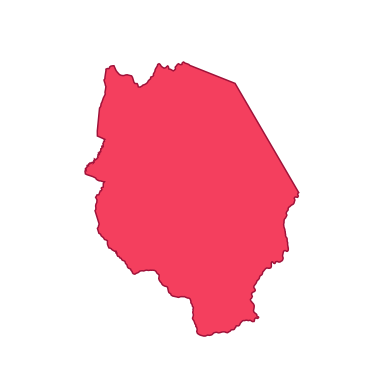 Kompiam District, Enga, Papua New Guinea, rotated 72°
{"feature_id": "67681753B5987121192502", "entity_name": "Kompiam District", "entity_type": "district", "adm_level": 2, "iso_a3": "PNG", "parent_name": "Papua New Guinea", "parent_adm1": "Enga", "projection": "mercator", "projection_center": [143.976, -5.26], "detail": "fine", "context": "isolated", "style": "filled", "palette": "rose", "viewbox_px": 384, "rotation_deg": 72, "n_neighbors": 0, "source": "geoboundaries", "source_scale": "gbopen_adm2", "svg_char_len": 6044}
<svg xmlns="http://www.w3.org/2000/svg" viewBox="0 0 384 384"><g transform="rotate(72 192 192)"><path d="M102.0,117.5L70.8,155.1L69.7,155.6L68.1,157.6L67.5,158.6L66.4,159.3L65.7,160.1L66.4,161.6L67.6,162.2L67.4,163.5L66.6,164.6L65.9,165.1L66.1,166.4L67.1,167.7L68.1,169.4L69.9,169.7L70.7,171.1L71.0,172.4L68.6,174.6L67.8,176.0L65.8,175.7L64.6,176.1L64.9,177.3L65.6,178.4L65.6,180.3L64.6,181.2L63.4,182.1L62.5,182.5L60.8,182.9L59.8,183.7L60.1,185.2L61.5,186.1L63.5,188.5L64.4,189.3L65.9,190.1L67.9,192.3L69.3,192.6L69.9,193.7L70.0,195.8L71.5,196.4L72.6,199.0L73.8,200.2L74.6,201.5L75.1,203.3L75.2,205.9L75.7,206.7L76.2,209.0L75.4,210.6L73.7,210.4L72.0,210.6L71.1,212.8L69.7,213.3L66.2,213.2L64.5,213.2L62.9,213.6L60.5,217.4L60.2,218.7L60.2,220.5L60.0,221.6L59.1,223.4L57.9,224.7L54.8,226.1L53.0,226.7L47.8,227.2L47.4,228.7L47.2,230.3L47.7,231.7L48.5,232.2L49.0,232.9L48.4,234.4L48.6,235.9L49.7,236.2L55.9,239.3L57.3,239.8L58.3,241.1L59.9,241.2L62.1,241.2L63.7,241.4L65.1,241.3L68.2,242.8L69.4,243.5L70.8,244.1L72.1,244.2L75.1,247.2L78.6,249.8L79.9,251.1L82.4,252.4L83.6,254.0L104.7,263.2L109.5,264.7L114.9,258.7L115.1,259.4L116.7,259.6L117.0,260.6L117.8,261.0L118.5,261.8L119.4,261.7L120.1,262.2L121.0,262.2L121.2,262.4L120.6,262.6L120.6,263.1L121.2,263.3L120.9,263.7L121.9,263.9L122.8,264.6L122.7,265.3L124.6,266.2L125.4,266.3L125.9,267.4L125.5,267.7L126.2,268.1L126.0,268.8L126.7,268.8L127.0,269.3L127.4,268.5L127.9,269.2L127.9,269.8L128.8,270.6L130.2,270.8L130.6,271.9L131.3,272.6L131.2,273.2L131.6,273.8L130.5,274.6L131.3,274.9L132.0,275.8L133.3,275.8L133.8,276.7L133.3,276.5L133.3,277.0L132.9,277.7L133.4,278.8L132.8,280.0L133.7,280.6L133.4,281.5L134.2,282.0L134.3,283.2L135.1,282.7L135.1,283.8L135.7,284.0L136.4,284.9L136.7,286.0L137.7,285.8L137.8,286.3L138.7,286.2L138.3,286.7L139.4,287.4L141.8,287.8L143.1,286.5L146.6,281.7L148.9,279.3L150.1,279.1L151.3,278.3L152.7,276.8L153.0,275.8L154.7,273.4L155.2,272.1L156.6,273.8L159.9,274.9L159.9,276.5L160.3,277.1L161.9,277.0L162.8,278.2L162.6,278.9L165.8,281.5L165.4,283.3L166.7,284.5L167.2,285.3L170.1,284.8L172.6,285.8L173.9,287.1L175.5,288.0L177.3,288.3L178.9,288.9L179.8,290.0L193.8,290.2L195.2,291.3L196.5,292.0L197.3,293.2L202.5,293.3L203.9,292.0L205.6,291.9L208.1,290.3L210.1,289.9L211.1,288.5L212.2,287.5L215.4,288.5L217.2,288.5L219.5,288.3L220.1,287.3L221.1,286.3L222.2,285.9L224.4,283.9L224.9,282.5L226.3,282.4L225.9,283.1L226.5,283.2L227.4,282.7L228.9,282.7L230.1,282.5L230.9,281.3L232.5,280.9L233.1,280.0L235.1,279.5L236.0,278.6L236.1,278.3L237.3,277.2L239.1,277.3L240.2,276.9L241.2,276.4L243.4,276.5L244.7,276.0L246.4,274.2L247.7,274.2L249.3,273.5L250.4,273.6L251.4,273.2L252.0,272.6L252.5,271.7L252.1,270.2L252.0,268.2L251.7,267.2L251.2,266.3L251.2,265.0L251.5,263.7L252.2,262.2L252.1,261.2L252.2,259.9L252.3,259.2L253.1,257.8L253.6,255.3L253.8,255.0L254.2,253.6L254.9,252.0L255.6,251.3L256.4,250.8L257.9,250.5L258.6,250.3L260.4,249.1L260.9,249.0L261.9,249.3L264.1,250.4L265.6,250.4L267.6,249.9L268.7,249.3L270.5,249.0L271.7,248.4L273.1,247.0L274.0,245.5L274.5,245.0L275.1,244.7L279.1,245.1L280.1,245.1L280.9,244.8L282.1,243.8L283.7,243.6L285.0,242.5L287.2,238.7L287.7,238.0L288.1,237.2L288.0,236.0L288.1,234.8L288.6,233.3L288.9,232.8L289.0,231.8L291.5,228.9L291.9,227.8L292.7,227.1L293.5,226.8L295.5,226.8L296.6,227.2L297.5,227.2L298.9,226.7L300.8,226.9L301.3,226.8L301.8,226.4L302.2,226.4L302.8,226.6L303.9,227.4L304.9,227.5L305.6,227.8L306.1,228.2L306.8,228.5L308.9,228.6L309.5,228.7L311.4,229.9L311.9,230.4L312.5,230.6L313.4,230.5L315.0,230.0L317.3,229.9L318.3,230.0L319.3,229.5L319.8,229.5L320.9,229.9L321.3,229.9L321.8,229.4L322.7,229.4L324.4,229.6L326.1,230.6L328.2,230.5L330.0,229.1L331.0,227.9L332.6,225.4L333.1,223.8L332.9,221.3L333.7,219.8L333.9,218.3L333.9,217.4L333.6,216.5L333.0,215.5L332.7,214.5L332.8,212.8L333.1,211.8L334.1,210.5L334.4,209.0L334.4,206.7L334.8,204.9L335.3,203.9L336.2,202.9L336.8,201.6L336.7,201.2L336.3,200.1L336.3,199.4L336.1,198.7L335.3,197.4L335.3,196.5L335.7,195.4L335.7,194.5L335.5,194.0L334.6,193.2L334.3,192.4L333.5,191.8L333.0,191.3L333.1,190.5L333.6,189.7L333.6,188.8L333.4,188.3L333.1,187.8L331.5,186.3L330.1,183.7L330.2,182.7L330.6,181.5L330.6,180.2L331.0,179.2L331.7,178.3L331.8,177.0L332.2,176.0L332.9,175.4L333.5,175.0L334.0,174.4L334.3,173.0L333.8,172.5L332.4,171.9L331.6,170.8L331.5,170.0L332.4,169.1L332.3,167.8L331.9,167.4L331.4,167.4L330.5,168.3L330.1,168.5L329.2,168.5L328.7,168.3L328.0,168.5L326.9,169.4L326.3,169.6L325.1,170.3L323.9,170.2L321.4,168.8L319.5,168.0L318.1,168.0L317.2,168.2L315.8,168.9L315.3,169.0L314.0,169.6L313.0,169.8L312.3,169.7L311.9,169.3L311.4,168.2L310.0,166.9L307.6,167.0L307.0,166.7L306.6,166.3L306.0,164.6L305.9,163.2L305.2,162.3L304.1,162.1L302.0,162.7L301.2,162.5L300.5,162.0L298.6,159.3L296.4,157.4L295.8,155.8L295.5,155.4L294.9,154.7L293.6,153.9L293.1,153.4L292.7,152.8L292.4,151.4L292.0,150.8L291.5,150.3L290.1,149.6L287.7,145.8L287.4,144.9L287.4,144.2L288.2,142.7L288.5,141.6L288.4,140.5L287.6,139.7L287.0,139.4L284.1,138.6L283.6,138.2L283.2,137.8L283.2,137.2L283.8,136.7L284.4,136.6L285.1,136.2L285.5,135.6L285.5,135.1L284.3,134.0L284.3,133.0L284.6,132.1L285.4,131.3L285.7,130.4L285.7,129.6L285.3,128.4L285.3,127.9L284.7,126.9L283.7,126.1L282.9,125.7L281.1,125.7L280.4,125.5L277.2,123.6L276.7,123.1L276.4,122.5L276.4,121.6L277.0,120.9L277.6,120.4L277.8,120.0L277.8,119.4L277.1,118.5L276.0,118.0L275.2,117.9L275.0,117.7L274.2,117.8L273.7,117.6L271.8,117.4L269.8,116.7L268.2,116.7L265.9,116.0L265.0,116.0L263.7,116.5L262.2,116.5L261.2,116.1L260.0,116.0L258.5,115.6L257.6,115.6L256.2,115.3L253.8,115.4L251.2,114.9L249.0,113.7L248.3,113.6L246.6,112.7L246.0,111.9L245.6,111.1L243.5,109.0L242.8,108.9L241.8,109.1L240.8,108.7L239.9,107.9L239.1,106.5L238.7,106.1L237.5,105.7L236.7,105.1L236.2,104.1L236.2,103.7L235.7,102.6L235.5,102.2L235.1,101.2L235.1,100.6L234.8,99.4L234.4,98.8L233.8,98.2L232.7,97.6L232.1,97.0L231.3,96.6L229.5,96.7L229.1,96.3L228.8,95.9L228.7,95.1L229.7,93.2L228.7,92.1L226.9,92.3L225.8,91.4L225.6,90.7L102.0,117.5Z" fill="#f43f5e" stroke="#9f1239" stroke-width="1.5"/></g></svg>